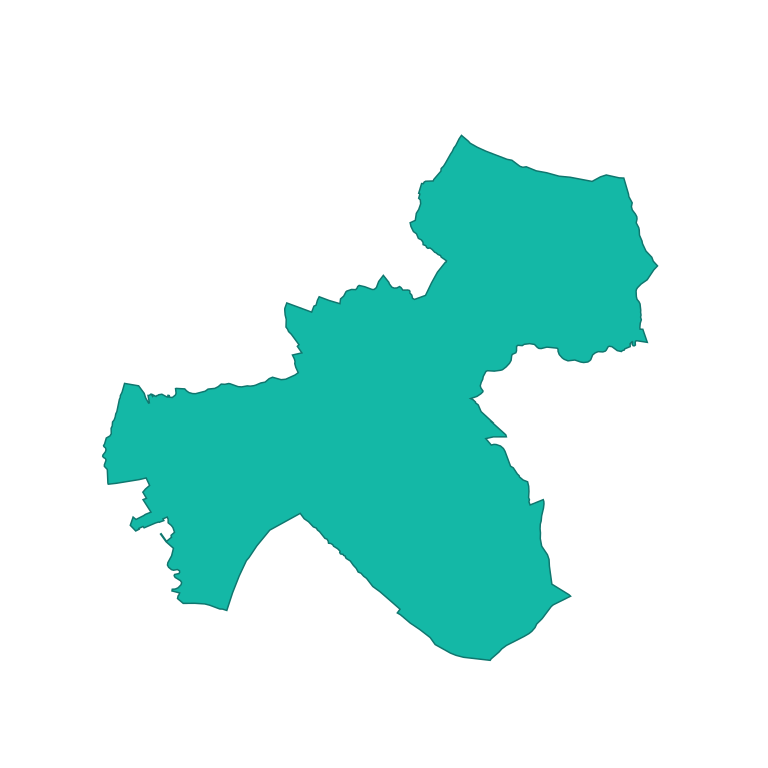 Gherla, Cluj, Romania (Robinson projection), rotated 199°
{"feature_id": "2599482B28872451639658", "entity_name": "Gherla", "entity_type": "district", "adm_level": 2, "iso_a3": "ROU", "parent_name": "Romania", "parent_adm1": "Cluj", "projection": "robinson", "projection_center": [23.886, 47.009], "detail": "fine", "context": "isolated", "style": "filled", "palette": "teal", "viewbox_px": 768, "rotation_deg": 199, "n_neighbors": 0, "source": "geoboundaries", "source_scale": "gbopen_adm2", "svg_char_len": 6171}
<svg xmlns="http://www.w3.org/2000/svg" viewBox="0 0 768 768"><g transform="rotate(199 384 384)"><path d="M391.7,644.3L392.8,640.3L393.8,632.8L394.8,629.9L395.1,626.2L395.9,623.3L397.8,612.9L398.6,609.4L400.1,606.4L399.5,603.7L403.5,593.7L403.6,592.0L410.6,589.3L411.7,588.1L412.1,586.2L413.7,585.8L413.3,575.6L412.3,575.6L411.9,575.0L411.7,570.9L409.6,569.9L408.0,566.3L408.0,560.4L409.0,555.9L407.7,548.9L411.8,545.0L409.8,541.7L405.8,537.7L402.2,536.6L398.9,532.9L395.5,532.4L393.2,530.6L392.4,528.5L389.9,528.4L389.0,528.0L388.2,527.0L386.6,526.6L384.8,527.6L382.4,526.9L379.0,525.1L377.5,525.0L375.0,524.0L372.4,523.9L371.2,522.6L365.0,520.8L365.0,519.5L365.6,519.2L369.9,507.1L372.0,495.0L373.6,481.3L382.7,473.9L384.9,474.3L386.7,477.1L389.2,478.5L389.7,480.1L390.4,480.7L392.1,480.6L396.7,478.9L399.3,480.7L401.0,481.2L403.1,479.0L405.6,478.0L408.1,478.1L411.5,480.4L412.5,481.7L420.0,486.5L422.4,479.2L422.6,472.7L424.1,470.2L426.0,469.5L433.9,469.7L439.6,469.1L440.6,467.6L440.7,465.8L441.5,464.0L445.5,462.8L449.4,459.8L450.0,458.8L450.7,454.0L452.8,450.3L451.8,445.6L463.3,445.1L473.7,445.4L474.2,441.5L473.9,436.4L475.6,434.8L475.8,428.4L502.3,429.0L502.4,423.3L502.0,421.8L500.0,417.2L497.5,413.3L495.2,405.9L493.0,404.4L491.3,402.5L487.9,400.9L477.2,393.5L478.2,391.4L471.8,386.7L480.0,381.6L476.9,378.5L475.4,376.2L475.0,374.2L472.8,371.0L468.8,366.8L471.1,363.5L478.5,356.5L482.7,354.6L491.6,354.1L494.3,351.7L497.0,347.1L500.8,344.9L504.9,341.2L506.6,340.0L509.8,338.4L512.7,337.7L517.7,334.9L521.1,334.0L529.7,334.1L531.0,333.9L534.3,331.9L537.9,330.9L539.9,327.5L542.5,324.8L548.7,321.9L550.7,319.0L559.0,313.5L561.9,312.6L565.6,312.4L568.6,313.3L570.8,314.5L579.0,312.2L579.6,311.8L577.6,307.6L577.6,306.6L577.7,305.5L579.8,302.3L582.7,301.7L583.2,303.1L583.7,303.2L584.6,302.9L584.2,301.3L585.3,301.1L590.7,302.0L593.5,300.5L594.0,299.7L594.9,299.2L595.5,298.0L598.9,298.5L598.4,297.8L598.9,297.8L598.9,297.1L600.7,298.6L601.2,298.5L602.2,296.8L603.4,296.4L599.7,289.8L600.4,289.3L604.9,293.3L607.7,297.1L615.4,302.4L629.5,300.1L629.0,290.9L629.5,287.2L629.0,285.3L629.2,283.4L627.6,270.9L627.9,268.4L627.4,265.2L627.5,262.1L628.3,259.7L627.3,255.8L627.6,253.3L625.7,248.2L626.2,245.7L629.0,242.5L628.7,236.4L629.1,234.4L628.4,233.6L626.5,232.9L625.4,231.2L625.4,228.9L626.6,225.5L626.5,224.1L625.3,223.2L623.5,222.9L622.4,222.1L622.0,220.9L622.1,216.6L621.6,215.1L617.8,213.1L612.8,200.4L612.1,199.5L604.9,202.9L584.2,214.0L578.3,217.7L572.6,211.8L575.4,206.9L576.8,203.2L571.4,198.6L574.2,196.2L562.6,187.0L567.2,183.0L568.4,181.3L574.4,175.2L577.9,176.5L577.9,167.8L570.9,164.2L568.2,167.0L568.8,167.6L565.5,170.8L564.0,169.9L554.8,178.2L552.2,180.1L551.5,180.1L547.7,183.2L549.1,184.5L545.7,187.6L544.1,185.9L542.9,182.5L539.0,181.0L536.8,179.5L533.8,175.6L536.0,171.7L535.8,170.9L535.0,170.0L538.4,164.4L546.0,169.9L546.4,169.3L538.7,163.9L529.6,160.1L528.9,152.5L530.2,144.7L529.8,142.3L528.0,140.6L524.6,139.3L522.4,139.4L519.0,141.3L516.6,140.9L515.9,139.4L516.2,138.0L520.0,135.7L520.0,134.4L518.5,133.1L512.5,131.8L510.8,130.5L510.5,128.3L511.8,125.4L512.5,124.1L514.7,122.1L517.4,121.0L517.1,119.3L509.2,119.9L509.2,118.0L509.7,116.7L509.4,113.9L502.4,111.2L491.7,115.0L481.8,117.7L476.8,118.1L466.0,117.8L463.4,118.6L458.9,118.7L459.2,137.4L458.4,155.5L456.6,172.2L455.2,175.7L451.5,189.7L444.4,208.7L421.1,234.4L415.6,230.6L410.5,229.2L404.3,225.9L401.0,225.7L399.4,224.3L396.8,223.4L389.6,218.8L387.5,218.8L385.7,217.4L384.6,215.4L382.3,215.9L380.2,215.4L378.8,214.2L374.3,213.2L371.1,211.6L371.0,210.2L369.8,209.2L367.2,209.6L366.4,208.8L364.5,208.6L363.9,207.5L363.0,206.8L358.3,205.7L353.8,202.5L350.2,200.6L347.2,197.8L344.1,197.6L340.6,195.6L337.3,194.6L328.7,188.9L320.2,186.3L295.5,176.3L296.9,171.9L293.4,171.2L281.4,166.5L270.2,163.5L257.8,159.3L250.8,154.3L233.6,151.2L227.6,150.9L219.8,151.5L193.6,157.3L193.2,159.0L188.0,168.0L186.4,171.9L183.1,176.7L169.4,190.9L165.6,195.3L163.7,198.3L161.9,202.8L161.5,206.7L158.1,213.6L153.4,228.1L152.0,230.4L138.5,244.1L140.5,245.0L160.1,249.4L168.3,265.6L170.8,271.8L173.9,275.8L182.1,282.0L185.9,288.7L187.6,294.2L189.3,297.9L190.6,302.4L190.8,305.7L192.0,310.6L192.8,318.6L193.7,322.7L194.6,324.9L195.8,326.5L206.5,317.2L208.6,319.8L208.8,321.9L210.3,323.7L212.0,329.7L213.9,334.4L216.4,338.3L221.1,338.5L225.6,340.2L226.5,341.4L228.6,342.3L234.4,346.8L237.6,347.5L247.7,359.8L250.1,361.9L253.6,363.3L258.2,363.3L260.4,362.7L262.7,361.2L270.0,365.5L263.4,369.6L251.1,373.9L252.3,375.6L266.4,381.6L269.8,383.1L269.1,383.3L283.2,389.5L288.1,394.9L291.3,396.0L291.7,396.8L294.6,398.1L297.4,398.4L292.0,402.6L289.2,406.3L288.0,408.7L288.1,409.6L291.1,411.8L292.4,413.6L292.6,417.2L292.2,420.6L292.6,423.4L291.7,429.1L290.4,430.3L283.9,432.1L278.1,435.0L276.6,436.1L274.1,439.9L272.1,444.4L271.5,447.7L272.5,452.4L272.3,453.8L269.5,456.5L269.5,458.5L270.9,462.8L270.0,464.2L265.8,465.3L264.3,467.2L259.4,469.6L254.6,470.4L250.9,468.5L249.1,468.1L246.9,468.7L242.0,471.9L232.2,474.2L231.3,474.0L230.6,473.2L230.1,471.6L227.9,468.9L224.0,466.7L221.7,466.0L217.6,465.8L211.4,468.8L205.2,468.8L202.2,469.3L198.4,471.2L197.0,473.1L196.4,474.3L196.2,479.4L194.5,482.1L192.1,484.3L187.5,485.6L185.5,487.1L184.9,488.3L184.2,492.1L183.4,493.0L180.6,493.5L174.3,491.5L170.1,492.0L169.4,493.3L167.9,494.3L167.8,495.6L163.4,499.5L164.4,502.3L163.1,504.8L162.6,504.6L162.2,502.2L160.8,501.3L159.6,501.7L159.0,502.7L160.1,505.3L159.8,506.8L159.2,507.2L148.6,509.1L157.1,520.0L159.7,519.2L160.5,520.7L161.5,524.9L161.6,528.5L163.2,530.8L163.4,532.8L164.7,535.3L165.3,537.4L168.0,543.1L169.7,544.8L172.3,546.4L173.8,548.7L175.9,553.9L176.1,555.8L175.6,557.7L173.4,562.3L169.1,568.2L166.0,579.9L163.8,584.7L169.4,587.8L172.0,591.0L179.6,595.0L185.3,600.9L186.6,603.2L190.9,607.9L192.8,612.7L194.0,614.7L198.0,618.5L198.5,622.4L199.4,624.4L201.6,626.5L205.9,629.4L207.8,632.2L208.3,636.1L213.5,640.9L214.6,643.1L224.3,656.8L228.7,655.5L241.9,654.0L246.8,650.3L253.2,643.3L275.3,640.1L286.1,637.5L299.0,636.7L309.5,635.1L320.2,635.7L323.3,634.1L326.4,634.1L335.9,637.2L340.8,636.5L363.4,637.3L372.7,638.2L380.9,639.7L383.4,641.1L391.7,644.3Z" fill="#14b8a6" stroke="#0f766e" stroke-width="1.5"/></g></svg>